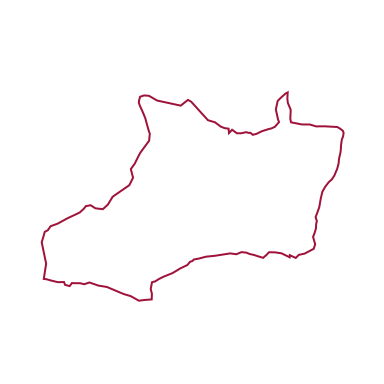 Olamaboro, Kogi, Nigeria, rotated 173°
{"feature_id": "59680162B45171834970391", "entity_name": "Olamaboro", "entity_type": "district", "adm_level": 2, "iso_a3": "NGA", "parent_name": "Nigeria", "parent_adm1": "Kogi", "projection": "orthographic", "projection_center": [7.511, 7.182], "detail": "fine", "context": "isolated", "style": "outline", "palette": "rose", "viewbox_px": 384, "rotation_deg": 173, "n_neighbors": 0, "source": "geoboundaries", "source_scale": "gbopen_adm2", "svg_char_len": 2290}
<svg xmlns="http://www.w3.org/2000/svg" viewBox="0 0 384 384"><g transform="rotate(173 192 192)"><path d="M330.0,118.2L329.3,115.3L324.9,113.5L322.2,116.3L319.9,115.8L314.2,115.1L310.1,113.6L304.9,114.7L296.3,110.5L288.0,108.1L275.2,100.7L271.7,98.8L265.5,96.1L258.0,90.6L252.0,90.6L245.1,90.3L244.2,95.9L244.8,100.7L242.7,107.3L239.4,107.8L235.6,109.6L230.9,111.3L225.7,112.7L221.1,113.9L213.2,117.5L205.5,120.1L202.4,123.0L200.1,123.4L198.3,124.8L193.2,125.1L185.9,126.1L177.0,125.9L167.9,126.2L161.5,126.4L155.6,124.8L150.2,126.3L145.2,125.1L142.3,123.4L138.5,122.1L134.2,120.1L129.4,118.0L125.7,120.5L122.9,122.8L117.0,122.0L110.6,120.2L103.0,115.3L102.6,117.4L97.1,113.9L93.6,116.6L87.8,117.1L78.1,120.8L76.1,125.1L77.3,132.7L75.6,135.8L73.4,140.7L72.8,144.4L72.6,145.3L71.6,148.0L72.4,152.0L70.0,156.5L67.6,161.3L67.4,161.9L65.0,169.8L62.6,176.3L59.4,180.7L55.0,185.2L51.7,187.4L48.7,191.0L45.1,197.3L43.1,202.2L42.5,205.0L41.5,208.6L40.1,212.3L39.3,215.1L38.3,220.6L36.9,225.8L35.3,228.7L34.3,232.3L34.9,234.5L37.5,237.0L39.9,238.8L52.1,241.0L60.8,242.0L67.0,244.7L74.9,245.7L85.2,249.1L85.5,252.7L84.0,261.5L86.0,268.7L86.0,272.8L84.9,279.2L87.2,278.3L92.5,274.6L95.8,272.0L96.6,269.8L98.7,263.7L98.4,260.5L98.1,257.3L98.1,257.2L97.8,253.6L97.1,250.8L101.8,246.6L103.1,246.2L105.5,245.4L107.8,245.2L109.4,244.9L115.3,243.8L120.1,242.1L121.1,241.8L122.6,241.6L123.3,241.6L124.6,241.3L125.2,241.9L126.1,242.8L126.4,243.3L126.8,243.6L127.0,243.7L128.7,243.8L131.0,244.8L135.8,244.3L140.2,244.8L142.0,246.5L142.4,246.8L144.6,248.9L148.1,246.0L148.0,250.4L151.8,251.4L155.5,253.4L160.7,258.4L167.4,261.3L168.1,262.3L175.6,272.9L178.6,277.2L181.8,281.7L184.8,283.9L192.7,279.1L215.4,287.0L223.0,292.7L227.8,293.7L230.7,293.1L231.9,292.9L233.4,289.3L233.9,287.0L233.2,283.9L231.4,278.3L229.4,271.1L228.6,265.5L227.6,258.8L226.8,255.0L228.3,248.1L233.9,242.2L236.0,240.0L238.5,237.3L240.5,234.5L245.4,227.1L247.5,224.8L249.2,223.0L249.9,222.2L248.8,213.3L253.4,206.4L271.3,197.0L277.1,189.7L282.6,185.8L289.9,187.6L294.2,191.2L299.1,190.9L301.2,188.7L306.0,185.3L318.5,181.2L329.4,176.9L336.5,175.3L339.8,171.6L343.0,170.4L345.3,164.9L347.3,160.4L345.5,138.6L346.5,135.1L349.7,123.8L347.2,123.2L342.9,121.4L336.3,118.9L330.0,118.2Z" fill="none" stroke="#9f1239" stroke-width="2"/></g></svg>